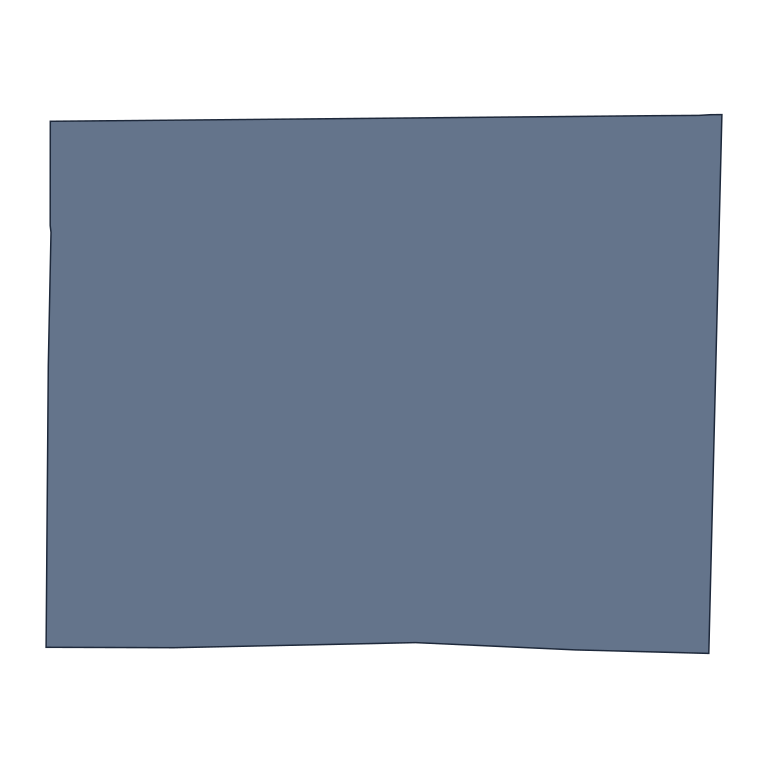 the district of Linn, Missouri, United States of America
{"feature_id": "52423323B93624151599434", "entity_name": "Linn", "entity_type": "district", "adm_level": 2, "iso_a3": "USA", "parent_name": "United States of America", "parent_adm1": "Missouri", "projection": "robinson", "projection_center": [-93.129, 39.869], "detail": "fine", "context": "isolated", "style": "filled", "palette": "slate", "viewbox_px": 768, "rotation_deg": 0, "n_neighbors": 0, "source": "geoboundaries", "source_scale": "gbopen_adm2", "svg_char_len": 294}
<svg xmlns="http://www.w3.org/2000/svg" viewBox="0 0 768 768"><path d="M50.2,225.5L51.0,232.3L48.3,365.4L46.1,647.3L174.0,647.7L415.5,642.6L575.5,649.9L708.8,653.4L721.9,114.6L710.5,114.7L699.0,115.4L653.5,115.7L50.3,121.3L50.2,225.5Z" fill="#64748b" stroke="#1e293b" stroke-width="1.5"/></svg>